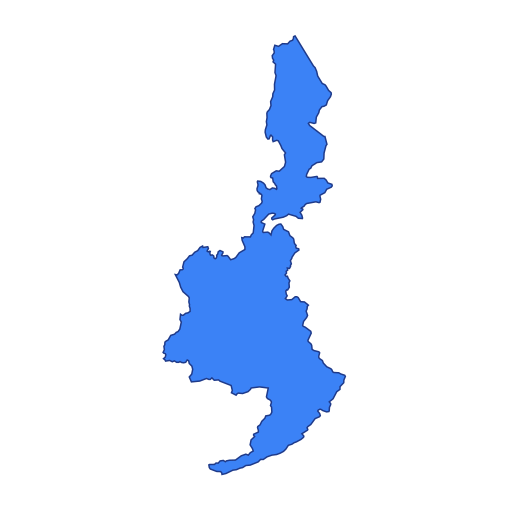 map outline of K.P. (Natural Earth projection), rotated 164°
{"feature_id": "PAK-1123", "entity_name": "K.P.", "entity_type": "Province", "adm_level": 1, "iso_a3": "PAK", "parent_name": "Pakistan", "parent_adm1": "", "projection": "natural_earth1", "projection_center": [72.151, 34.071], "detail": "fine", "context": "isolated", "style": "filled", "palette": "blue", "viewbox_px": 512, "rotation_deg": 164, "n_neighbors": 0, "source": "natural_earth", "source_scale": "10m", "svg_char_len": 6086}
<svg xmlns="http://www.w3.org/2000/svg" viewBox="0 0 512 512"><g transform="rotate(164 256 256)"><path d="M344.8,55.2L348.9,55.4L348.7,56.9L349.4,58.5L353.1,59.7L358.6,63.8L359.2,65.5L358.9,68.2L358.2,68.4L353.4,67.1L351.5,68.0L349.4,67.3L347.0,68.9L343.8,68.5L342.2,66.7L340.9,67.2L337.9,67.0L332.0,65.5L325.2,68.0L320.4,68.3L318.3,66.7L315.7,68.5L312.4,69.3L312.5,71.8L313.7,76.1L311.4,80.6L307.1,82.8L307.7,84.5L307.4,85.3L302.3,86.1L301.8,87.7L301.8,90.7L301.3,91.6L298.6,92.6L296.0,95.5L292.2,97.6L290.7,99.6L286.7,99.2L285.1,100.1L283.8,101.6L282.7,106.5L283.3,108.2L281.6,110.9L281.4,111.9L282.1,113.7L284.3,115.8L284.8,117.7L280.6,125.7L288.7,129.2L296.5,130.4L297.3,130.3L298.0,129.4L301.1,127.8L306.8,127.5L310.8,129.1L312.1,128.8L313.5,127.7L317.3,131.3L315.8,133.3L315.6,138.4L325.1,145.6L326.1,147.2L330.4,148.1L332.0,151.0L333.9,150.0L335.2,150.3L337.4,151.9L344.6,151.3L352.8,152.8L353.5,158.1L350.3,160.2L348.1,164.5L348.0,167.8L349.8,171.1L349.6,173.9L350.8,175.0L352.9,173.2L355.0,173.3L356.8,174.1L358.2,175.5L359.5,175.1L361.6,175.7L363.4,177.7L365.6,177.4L367.8,179.4L371.9,179.9L372.1,181.2L373.2,182.8L371.1,183.8L369.9,185.9L370.1,187.1L371.4,188.0L371.9,188.9L369.9,191.2L369.4,194.6L368.1,195.9L367.5,197.8L366.8,198.7L363.5,199.6L359.8,203.2L355.8,203.3L353.7,204.6L351.8,204.8L349.4,206.7L346.0,213.1L346.6,215.9L344.6,220.8L343.5,219.4L342.2,219.1L339.4,220.3L337.1,220.1L334.6,220.9L333.8,223.8L333.9,226.3L333.3,227.5L333.2,230.3L331.7,234.2L332.1,235.7L336.0,241.8L337.0,246.8L337.0,251.7L338.7,260.4L337.1,259.6L335.2,260.6L332.8,263.6L330.8,263.1L329.8,263.4L329.3,264.4L329.6,265.5L326.8,270.3L322.7,272.4L319.9,274.5L317.2,274.4L313.9,276.5L310.6,277.2L307.4,279.7L304.6,280.3L304.6,278.8L299.8,278.2L299.7,276.2L301.3,274.8L301.6,273.9L300.6,273.1L299.4,273.4L298.7,273.0L299.6,271.6L299.6,269.7L299.2,269.1L297.9,269.2L296.9,268.1L296.6,267.5L297.0,265.9L296.0,264.6L294.9,264.9L293.8,266.3L293.6,267.6L292.4,268.3L291.1,270.5L289.1,271.2L286.6,269.1L286.9,268.1L288.8,266.3L288.7,265.7L287.5,265.1L283.7,264.4L282.9,263.4L281.4,259.4L278.0,259.5L275.9,260.1L271.2,263.7L264.9,265.3L264.1,267.9L265.0,274.8L264.6,277.6L263.2,276.8L261.8,277.6L256.1,275.9L254.7,277.6L252.3,279.0L249.5,285.8L249.4,289.5L248.3,291.5L248.3,294.6L245.4,297.3L243.7,300.5L244.0,301.9L242.4,303.3L239.3,303.6L236.0,305.3L235.0,306.8L235.1,309.4L233.6,312.6L233.9,313.8L234.9,314.5L234.4,314.5L236.6,317.4L236.8,319.0L236.5,320.4L234.9,322.8L234.4,324.1L234.3,326.9L233.7,327.6L230.9,326.4L228.7,324.0L227.7,321.9L227.5,318.8L226.2,317.1L224.3,316.0L221.5,316.9L219.4,315.9L217.9,314.4L217.4,314.9L217.0,317.9L217.8,319.1L218.0,320.6L219.0,322.6L218.5,326.4L219.9,327.1L220.2,328.1L219.8,329.1L218.3,330.9L213.1,332.3L210.3,331.1L204.0,334.2L201.7,338.0L200.8,345.5L199.2,346.9L201.4,352.1L201.7,355.4L202.8,360.6L204.2,361.5L208.0,361.2L208.1,362.9L207.2,365.9L208.3,368.1L208.8,368.0L211.1,365.0L212.3,365.1L213.3,367.5L213.1,372.4L212.2,374.8L209.4,379.0L209.0,382.3L207.3,385.8L206.2,390.2L205.4,391.4L202.7,393.1L200.1,396.5L199.4,400.4L196.1,404.4L195.0,407.4L192.4,410.4L190.9,416.0L187.0,423.8L187.2,427.1L184.3,435.0L186.1,437.9L185.0,439.4L185.6,441.5L185.2,444.1L182.5,446.2L182.0,448.4L182.2,449.7L179.8,453.4L176.6,451.3L172.1,452.8L167.1,451.2L164.1,453.1L161.4,453.3L160.2,454.6L159.4,456.5L157.8,456.8L148.4,422.8L147.3,420.8L146.8,416.7L147.1,412.0L144.8,403.6L142.5,401.6L141.9,400.3L140.6,395.2L138.8,392.3L139.0,390.8L140.5,388.6L144.4,385.5L146.8,381.8L149.4,381.2L151.4,381.4L154.8,378.9L156.2,376.4L159.7,372.9L161.9,367.5L163.6,367.4L167.5,369.7L169.1,369.1L168.5,366.7L157.8,352.2L156.8,351.9L157.0,343.8L158.3,342.8L162.2,336.2L164.1,330.5L167.0,328.4L171.8,329.0L177.4,327.3L179.2,325.3L181.0,324.8L184.8,320.5L185.7,318.6L185.0,317.5L181.6,316.4L175.5,315.7L175.2,315.2L175.4,313.6L169.1,311.9L167.7,309.8L166.8,306.4L163.3,304.0L163.4,302.4L164.7,301.4L169.6,300.7L172.4,297.9L177.6,296.8L178.0,296.1L178.2,292.7L179.7,290.0L180.7,289.9L183.5,291.6L192.8,292.5L194.5,291.9L196.1,290.6L199.0,289.8L199.4,289.4L198.2,288.4L198.2,287.6L201.6,285.8L200.7,282.6L200.8,279.7L201.1,279.2L204.9,280.6L206.6,283.1L213.2,287.3L215.4,286.3L219.1,285.8L228.1,286.5L230.0,286.2L230.6,287.1L230.4,288.2L226.4,290.1L225.8,290.9L226.7,291.9L228.6,292.7L232.2,292.8L238.5,289.0L241.1,288.1L241.7,287.3L241.6,286.7L238.7,284.2L242.5,278.5L242.9,277.5L242.5,276.6L238.1,275.7L237.1,274.7L235.8,272.1L233.7,275.8L231.1,277.9L227.8,279.7L225.1,280.2L223.3,279.9L222.2,276.9L222.1,274.0L218.1,270.3L217.8,266.2L215.6,263.3L215.1,261.9L215.6,258.0L215.2,256.3L214.5,255.2L215.2,254.2L215.2,252.9L215.1,252.4L213.0,251.2L213.1,249.9L217.9,248.2L221.8,244.8L222.3,243.8L224.2,242.1L224.2,238.7L225.5,237.4L225.7,236.4L227.3,234.8L229.2,235.8L229.4,233.7L231.2,233.0L231.4,231.1L233.3,229.8L232.6,228.0L231.4,227.9L231.2,225.5L230.3,222.8L231.7,221.1L232.6,216.8L235.0,214.6L235.8,215.0L237.1,214.0L237.4,211.0L237.0,209.1L239.5,207.0L238.1,205.1L233.6,204.2L229.6,206.0L228.0,205.6L226.9,204.4L225.7,199.8L222.1,198.5L219.2,194.3L220.6,193.4L221.5,191.0L223.0,189.2L222.8,184.7L224.3,182.9L228.3,180.0L230.3,176.4L230.0,175.4L228.3,174.0L224.1,168.5L224.2,166.6L229.3,160.7L229.4,159.4L227.4,156.4L227.1,154.8L227.8,150.8L226.3,149.1L222.0,146.6L221.5,145.4L223.2,142.6L223.6,141.3L223.3,140.0L221.0,137.2L220.8,134.5L218.5,130.0L215.1,127.0L214.5,125.9L214.2,123.6L213.4,122.6L208.6,120.9L207.1,119.3L203.6,116.9L203.3,115.6L205.7,112.6L206.6,110.0L211.2,107.3L212.1,104.6L215.8,103.3L221.3,97.5L225.8,95.6L224.9,93.6L225.2,92.5L227.1,90.3L228.3,87.0L228.8,86.4L231.1,86.7L234.4,89.0L236.0,90.8L236.9,91.1L238.7,90.7L239.4,89.9L238.2,87.0L238.2,84.8L239.3,84.0L244.0,83.4L249.8,78.9L253.3,77.7L254.3,76.8L254.0,75.0L254.5,74.4L260.9,72.5L259.7,69.9L259.9,69.0L260.8,68.4L263.3,67.3L268.4,66.2L270.9,66.0L273.3,65.2L277.1,65.1L280.6,62.1L283.4,60.6L287.1,59.8L290.9,59.5L295.6,60.2L300.7,59.9L305.1,58.4L307.7,59.2L310.6,57.5L319.2,56.6L323.5,57.4L327.2,56.3L329.9,56.5L333.7,56.0L337.3,56.5L344.8,55.2Z" fill="#3b82f6" stroke="#1e3a8a" stroke-width="1.5"/></g></svg>